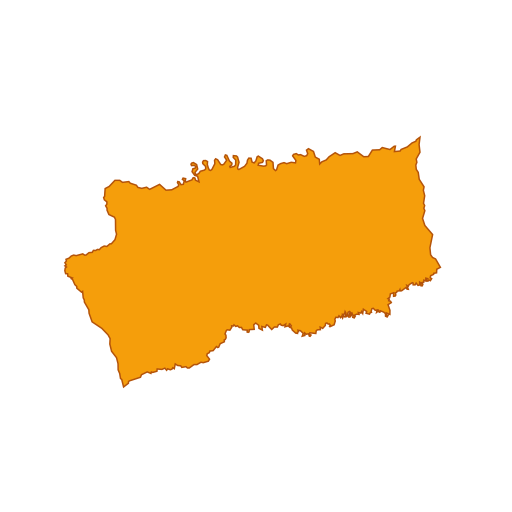 outline of Yopal, Casanare, Colombia, rotated 291°
{"feature_id": "7082276B99207474078135", "entity_name": "Yopal", "entity_type": "district", "adm_level": 2, "iso_a3": "COL", "parent_name": "Colombia", "parent_adm1": "Casanare", "projection": "orthographic", "projection_center": [-72.279, 5.237], "detail": "fine", "context": "isolated", "style": "filled", "palette": "amber", "viewbox_px": 512, "rotation_deg": 291, "n_neighbors": 0, "source": "geoboundaries", "source_scale": "gbopen_adm2", "svg_char_len": 6129}
<svg xmlns="http://www.w3.org/2000/svg" viewBox="0 0 512 512"><g transform="rotate(291 256 256)"><path d="M86.3,179.3L91.5,182.5L92.9,182.0L94.0,182.5L101.4,191.6L104.1,191.6L108.8,196.0L108.7,200.0L110.2,199.9L110.3,201.3L112.9,204.8L115.1,204.2L116.4,208.8L118.6,211.1L117.3,213.5L119.0,213.9L119.1,216.8L120.3,218.1L121.9,218.4L121.5,220.1L126.3,219.3L125.7,222.0L126.5,225.1L125.4,226.6L127.6,230.3L126.9,232.1L127.5,233.8L132.4,237.0L133.5,239.8L137.1,242.7L137.5,245.0L140.7,249.2L143.0,249.6L145.4,245.7L147.3,245.5L149.1,247.1L150.6,246.9L152.3,249.9L157.3,251.5L156.8,253.0L157.5,253.8L161.3,254.0L164.6,257.2L166.3,256.4L167.0,257.2L168.9,257.4L171.3,256.3L172.1,255.0L175.7,255.0L176.8,255.6L177.4,258.2L180.9,258.9L182.1,258.3L182.6,260.0L183.8,260.1L183.0,262.4L184.2,263.7L183.3,266.1L184.1,268.0L182.4,270.1L183.7,274.6L181.9,274.9L181.9,276.0L182.6,276.7L184.9,276.2L186.9,280.6L191.0,278.5L193.3,279.8L192.3,283.3L189.5,284.7L189.1,288.5L192.3,286.7L192.7,290.3L195.5,290.5L195.6,291.7L193.0,297.0L196.3,298.6L197.3,301.4L199.8,301.5L201.3,303.1L200.4,304.3L200.7,306.3L203.1,308.1L200.3,308.4L202.2,311.0L201.8,312.6L204.3,311.4L204.8,311.8L203.5,314.0L201.5,313.5L201.5,315.0L199.9,316.4L198.2,320.7L198.6,322.5L199.6,322.0L200.5,322.8L201.7,321.8L202.2,324.2L200.7,327.8L197.7,327.9L199.3,330.1L201.6,329.1L201.0,331.0L202.2,332.9L200.3,334.5L200.4,335.3L201.9,335.7L202.0,334.1L203.6,333.8L205.1,339.6L207.8,339.0L209.1,339.8L210.3,342.5L212.6,341.4L212.3,344.2L216.0,345.6L218.0,345.1L218.9,346.2L218.3,347.8L218.9,348.9L218.0,350.2L216.8,349.8L216.5,350.4L219.8,353.6L223.7,353.3L225.2,352.3L227.4,352.5L227.9,354.6L229.9,354.9L228.7,357.0L230.7,357.6L229.1,359.1L231.6,359.2L232.6,357.7L233.5,359.5L236.0,359.1L235.0,360.3L232.4,361.1L231.3,360.2L230.9,360.8L231.9,362.3L236.6,362.2L237.8,363.3L237.3,364.2L235.4,363.9L234.3,364.9L233.9,362.9L232.9,363.5L232.2,364.7L233.1,365.9L235.5,366.4L236.0,364.7L237.3,365.9L235.2,367.9L233.4,368.3L233.4,369.9L235.3,370.2L235.7,368.8L237.8,370.9L238.4,373.1L239.9,371.8L240.3,374.4L242.0,374.5L240.6,376.2L244.8,375.3L243.9,379.2L242.0,379.3L242.4,382.8L244.1,383.0L244.8,384.0L245.7,383.3L248.4,383.1L249.2,384.2L248.0,386.8L249.0,388.4L246.6,388.8L248.1,389.7L249.8,389.1L247.7,391.2L248.1,391.9L249.4,391.7L249.4,395.3L248.6,397.5L246.2,398.5L246.1,400.3L248.0,400.6L247.5,398.9L249.6,398.1L249.5,401.9L253.3,400.5L257.9,396.7L261.0,399.0L262.0,397.8L261.8,395.9L263.5,395.9L263.5,394.5L265.6,395.7L268.8,395.0L270.9,397.6L267.7,398.9L268.5,400.3L269.7,400.5L271.5,399.2L272.4,400.3L273.7,400.3L274.9,402.3L276.3,402.4L275.1,403.2L275.7,404.4L280.3,407.3L279.2,408.9L279.5,410.1L282.6,407.4L282.4,409.0L284.1,409.2L287.1,411.5L287.1,412.3L285.4,413.0L286.1,414.9L288.1,415.2L286.6,417.8L287.6,419.2L290.3,418.1L289.7,420.5L288.4,419.9L287.3,420.7L287.7,421.9L289.5,421.9L290.5,420.2L291.7,422.0L293.6,421.4L293.5,423.4L296.2,422.5L296.4,424.2L295.4,423.7L293.9,424.7L294.2,425.6L295.6,425.9L295.4,427.6L297.8,428.1L298.1,426.4L300.2,426.1L302.5,428.4L303.5,428.1L305.0,430.6L308.4,429.5L311.5,432.2L317.6,424.7L317.9,421.3L319.7,418.6L326.0,415.4L339.3,413.2L345.0,402.7L350.8,398.0L358.8,397.4L360.7,395.6L363.5,395.4L365.2,393.5L372.7,391.9L377.3,388.7L380.8,388.1L386.1,380.9L392.2,377.5L394.3,374.6L398.2,372.6L401.1,372.6L404.0,370.8L411.6,371.9L418.5,368.3L425.7,366.5L421.9,364.1L420.4,364.1L417.4,361.1L412.1,358.2L407.5,353.3L405.6,352.9L403.1,347.8L408.5,346.8L408.0,345.7L403.4,342.9L402.5,335.0L399.5,333.4L396.6,326.7L389.1,325.2L387.3,321.0L389.5,313.2L386.3,309.8L382.8,301.3L380.0,298.4L380.8,292.9L374.9,288.7L370.8,287.1L367.5,283.7L364.7,282.5L369.0,280.4L369.6,275.9L374.2,272.2L375.0,266.5L372.9,265.2L370.1,267.6L367.8,267.3L366.3,265.4L366.6,261.3L365.5,259.3L366.0,256.9L364.3,254.6L362.6,254.3L359.5,259.0L357.1,259.5L356.1,255.3L353.2,251.6L353.2,248.7L351.1,245.9L348.8,244.0L343.8,244.3L342.7,243.6L343.8,241.0L349.5,238.3L350.5,234.7L349.9,232.5L348.6,231.4L344.8,233.2L343.6,232.7L342.6,231.0L341.5,225.5L343.5,225.2L345.7,228.5L347.6,228.7L349.1,227.2L350.1,222.3L349.0,221.5L344.7,221.8L342.2,220.9L342.3,218.6L345.5,216.4L344.8,214.2L342.4,213.7L339.4,214.3L335.6,213.2L330.6,209.0L330.7,207.9L331.9,207.1L337.4,206.6L341.8,203.3L342.4,201.9L341.6,198.9L339.9,199.4L338.3,202.7L333.8,204.3L332.0,203.7L329.4,200.2L330.3,199.4L332.3,200.7L334.0,200.3L335.1,197.2L339.5,192.7L339.4,191.2L337.2,191.1L334.9,194.3L330.0,193.0L328.9,191.8L328.8,190.2L332.1,185.7L332.3,183.5L330.5,183.0L327.4,184.5L320.9,183.8L319.5,182.8L319.5,181.6L321.3,179.8L323.9,177.8L326.8,176.9L327.1,174.8L326.2,172.8L324.5,172.5L323.2,173.2L321.5,176.9L319.2,177.8L317.7,177.1L315.2,173.7L312.4,173.0L310.7,171.4L310.9,170.0L312.2,169.1L316.3,170.4L320.1,167.8L320.8,164.1L319.6,162.6L318.4,162.4L317.3,163.4L318.5,166.1L317.8,167.8L316.2,167.7L314.8,165.8L311.8,166.1L309.3,169.9L309.5,172.9L304.8,176.2L305.1,172.3L306.8,171.1L306.9,170.0L306.4,169.2L304.1,168.9L299.9,164.2L300.2,163.3L303.0,162.6L302.6,160.0L301.2,159.8L300.5,162.0L296.9,162.5L295.7,160.4L297.7,157.7L297.5,156.3L296.3,156.4L294.8,158.4L293.0,158.3L287.6,153.6L285.2,148.4L288.3,140.3L280.1,132.8L281.0,129.2L278.2,125.1L277.7,121.1L279.2,119.0L278.9,112.5L279.9,110.6L276.9,105.0L277.8,101.7L276.1,97.2L268.3,94.0L264.9,91.0L257.4,93.3L256.0,92.8L254.1,94.3L253.1,97.4L250.9,98.2L249.0,97.6L247.1,99.9L245.4,100.5L242.0,103.8L241.5,109.9L239.8,111.7L229.7,115.7L226.4,118.0L220.7,118.5L215.6,116.6L214.9,115.2L211.5,113.4L210.9,110.7L208.3,108.4L205.8,107.5L205.3,105.6L203.7,104.4L203.0,102.2L200.7,101.8L199.3,98.9L195.9,96.9L195.4,95.8L195.9,93.5L191.9,88.0L191.5,85.4L189.7,83.5L187.0,82.2L184.8,79.8L183.3,80.8L181.2,80.0L179.8,82.0L178.3,81.1L177.8,83.0L176.3,82.2L173.8,82.8L171.3,84.6L171.9,86.5L169.7,87.6L169.7,92.4L168.6,91.7L168.4,93.1L164.3,97.2L163.4,99.5L161.7,100.3L159.7,106.1L160.8,106.8L155.0,109.7L153.5,111.4L151.5,112.3L145.9,119.2L142.7,120.7L135.8,126.6L133.2,138.0L129.4,146.1L126.6,149.4L121.4,151.1L115.3,155.3L111.1,162.2L106.0,165.8L100.3,168.1L97.4,170.9L93.1,173.4L92.6,174.9L86.3,179.3Z" fill="#f59e0b" stroke="#b45309" stroke-width="1.5"/></g></svg>